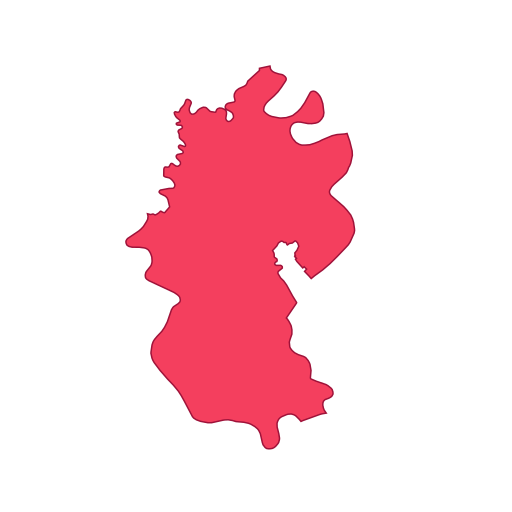 outline of An Duong, Hải Phòng, Vietnam, rotated 40°
{"feature_id": "81297802B31270346353021", "entity_name": "An Duong", "entity_type": "district", "adm_level": 2, "iso_a3": "VNM", "parent_name": "Vietnam", "parent_adm1": "Hải Phòng", "projection": "albers", "projection_center": [106.579, 20.884], "detail": "fine", "context": "isolated", "style": "filled", "palette": "rose", "viewbox_px": 512, "rotation_deg": 40, "n_neighbors": 0, "source": "geoboundaries", "source_scale": "gbopen_adm2", "svg_char_len": 6157}
<svg xmlns="http://www.w3.org/2000/svg" viewBox="0 0 512 512"><g transform="rotate(40 256 256)"><path d="M247.0,103.6L245.6,105.4L240.0,110.9L237.0,114.9L232.0,124.6L230.7,127.8L228.4,132.0L225.7,136.2L222.5,139.3L219.8,141.6L217.2,142.7L213.6,143.3L208.6,142.5L207.2,142.0L204.0,140.4L201.7,138.5L200.4,136.7L199.4,134.4L199.1,132.2L199.3,130.8L199.7,129.3L200.7,127.9L201.8,126.6L204.1,124.8L210.6,121.2L213.7,118.7L216.3,115.8L217.5,113.9L218.1,111.8L218.2,108.8L217.7,105.6L215.9,102.6L209.4,96.5L205.8,94.2L203.9,93.2L201.8,92.4L199.2,91.9L197.0,91.8L195.3,92.1L193.9,92.9L193.0,94.0L192.5,95.3L192.6,96.5L194.8,107.3L195.4,114.1L195.1,118.6L193.9,124.5L193.0,126.3L190.2,130.6L186.5,134.2L185.1,135.3L178.4,139.0L175.4,140.0L172.3,140.3L169.5,140.1L168.7,139.8L167.9,139.1L166.4,136.6L165.9,134.7L165.6,132.2L165.8,129.3L166.9,121.8L167.3,116.2L167.0,110.5L166.2,103.2L165.9,101.8L165.3,100.9L164.5,100.3L163.2,99.9L160.9,99.9L159.3,100.3L156.4,101.9L152.5,103.5L150.0,104.0L147.8,103.7L146.9,103.4L144.6,101.5L138.0,110.0L139.4,111.7L137.3,127.3L138.2,129.8L138.4,131.8L137.7,133.9L135.3,138.7L134.8,140.8L134.6,142.9L135.3,145.8L136.1,147.0L136.9,148.0L140.1,150.4L140.4,151.3L140.2,152.2L136.5,156.8L135.9,158.3L135.8,159.7L136.3,161.2L137.2,162.2L137.9,162.5L139.8,162.6L142.5,161.9L145.1,161.6L146.4,161.8L148.3,162.9L149.5,164.1L149.9,165.2L149.8,168.3L149.4,169.6L148.3,170.8L147.5,171.1L145.8,170.9L144.4,170.0L142.0,166.0L140.6,164.5L139.1,163.9L137.7,163.9L134.9,164.7L132.9,166.1L132.0,167.7L131.8,169.1L132.6,171.7L132.1,172.3L128.6,174.4L127.7,174.7L122.7,174.4L121.7,174.7L120.1,175.8L119.5,176.7L118.3,179.2L117.8,181.5L117.9,184.4L117.5,186.3L116.8,187.6L115.5,188.7L113.8,188.7L113.0,188.4L111.4,187.4L110.6,186.7L109.6,185.0L108.3,180.9L107.9,180.2L107.0,179.6L105.6,179.3L104.0,179.5L103.0,179.9L102.4,180.5L102.1,181.6L103.4,185.2L103.7,186.8L103.5,191.7L104.2,193.6L104.4,195.0L104.2,195.6L103.4,196.4L101.5,197.3L101.2,197.8L101.2,198.7L102.4,199.7L104.8,200.7L106.4,201.0L110.2,200.9L111.0,201.2L111.3,201.5L111.5,202.2L109.9,204.9L109.7,205.5L110.1,206.2L111.0,206.4L111.7,206.2L114.6,204.0L115.5,204.0L116.6,204.4L117.1,205.3L117.2,205.9L115.9,209.0L116.0,210.1L116.3,210.7L116.9,211.1L118.8,212.0L120.9,214.2L121.5,214.7L123.2,214.9L126.7,214.9L128.5,215.3L130.3,216.0L130.9,216.5L131.3,217.3L130.9,218.1L126.6,219.7L126.1,220.4L126.1,221.7L126.5,222.3L128.0,223.0L132.2,222.5L133.4,223.1L133.8,223.6L133.6,224.9L130.6,228.7L130.4,229.9L130.6,230.7L131.1,231.3L132.4,232.0L136.8,232.4L137.7,232.7L139.0,234.1L139.1,235.8L138.5,237.4L137.8,238.0L136.8,238.5L135.1,238.8L132.6,238.9L131.6,239.5L131.4,240.1L132.0,243.6L131.3,244.7L129.4,246.0L129.0,246.7L129.0,247.3L129.5,248.6L133.5,253.6L134.0,254.0L135.6,253.8L139.6,251.8L141.8,251.7L143.9,251.9L146.4,252.6L148.2,253.7L148.8,254.6L149.3,256.3L148.9,257.5L145.9,260.2L140.4,266.9L140.2,267.9L140.5,269.1L141.0,269.5L142.7,269.7L148.1,268.4L150.4,268.6L152.4,269.5L158.3,273.9L158.2,280.5L158.3,280.8L158.1,281.6L156.7,282.4L154.3,282.8L154.0,283.2L153.8,285.6L152.9,288.4L152.3,289.4L150.1,290.0L148.6,292.0L145.7,293.4L147.7,294.9L149.4,297.4L150.0,300.0L150.8,305.8L150.6,309.3L150.1,312.3L146.4,325.1L146.4,326.5L146.8,328.2L148.0,329.5L149.8,330.5L150.7,330.6L152.6,330.3L155.4,328.9L161.0,324.3L165.2,321.6L166.8,320.9L169.2,320.5L170.8,320.8L172.7,321.4L174.7,322.4L176.9,323.8L179.6,326.6L180.5,327.9L181.6,330.3L181.8,331.5L182.0,338.4L182.3,339.7L183.4,341.8L184.8,343.2L185.6,343.7L187.2,344.0L190.0,343.7L216.6,336.6L220.3,336.2L221.9,336.2L223.4,336.4L224.5,336.9L226.3,338.3L227.1,339.7L227.2,340.5L227.0,342.6L225.5,347.6L225.4,348.7L225.8,351.5L230.4,363.4L231.8,369.4L232.3,374.3L231.9,381.2L231.9,385.0L232.2,387.3L232.6,388.6L233.5,390.9L237.2,396.9L238.1,398.1L242.0,401.1L244.1,402.2L246.5,403.1L256.0,405.3L267.4,407.1L275.6,408.0L283.3,409.4L288.5,411.0L294.5,413.3L310.6,419.9L312.5,420.2L315.6,419.8L319.8,418.3L326.4,414.6L329.2,412.2L336.4,402.8L337.7,401.4L340.0,399.3L343.8,397.1L347.1,395.7L353.5,391.2L357.7,389.0L360.0,388.2L364.8,387.4L368.2,387.4L370.1,387.8L373.5,389.3L380.7,394.8L382.8,396.1L386.0,396.8L387.7,396.7L389.3,395.8L390.8,394.5L392.1,393.0L392.8,391.6L393.2,390.2L393.4,388.7L393.4,385.7L393.2,384.3L392.1,381.8L391.1,380.4L387.6,377.4L382.2,373.5L379.7,370.7L379.0,369.2L378.5,367.5L378.3,366.1L378.4,364.6L378.9,362.7L381.4,357.8L382.3,356.5L384.5,354.4L386.7,353.4L388.2,353.0L389.6,352.9L394.1,353.3L396.8,353.8L397.7,351.9L406.7,336.4L408.0,334.5L410.8,331.2L407.2,330.2L405.3,329.1L403.0,327.3L401.6,325.4L401.0,323.6L401.1,322.2L401.3,321.4L403.1,318.3L404.0,316.0L404.2,314.3L403.7,312.2L402.3,310.7L400.1,309.3L398.4,309.0L394.4,309.1L392.2,309.5L382.6,313.2L377.3,314.8L376.6,314.8L376.0,314.4L371.7,308.3L367.0,304.3L365.5,303.5L363.2,302.6L359.4,301.9L358.2,302.1L356.9,302.4L351.8,304.4L347.8,305.3L344.4,305.2L341.5,304.5L340.3,303.9L336.9,300.6L335.9,298.5L333.7,292.8L331.0,289.5L328.1,287.1L326.8,286.4L323.4,285.0L320.8,284.2L319.1,284.0L317.3,266.1L317.0,265.5L309.7,263.1L298.2,258.6L293.2,257.3L289.0,257.0L284.3,255.4L283.6,254.8L283.2,254.2L283.0,253.3L283.9,248.8L283.9,248.3L283.0,247.3L281.9,247.1L280.9,247.3L277.5,250.2L276.0,250.4L275.4,250.0L275.0,249.4L274.9,247.9L275.5,247.1L275.5,246.7L274.9,245.5L273.7,244.8L271.0,245.1L270.4,244.8L268.8,243.0L267.8,242.2L265.2,241.2L265.5,234.9L264.8,231.6L265.6,228.7L266.0,228.2L267.3,227.6L268.8,227.6L270.0,226.5L270.4,226.4L272.5,227.4L273.0,227.3L273.5,225.0L275.5,222.7L276.2,219.4L276.8,219.0L279.4,219.2L282.5,221.0L283.7,225.3L283.8,228.8L284.8,229.5L285.3,230.5L286.2,230.6L286.1,231.6L288.5,231.7L288.3,233.1L290.8,233.9L299.5,235.1L299.8,233.3L303.2,233.5L303.1,236.6L309.7,237.3L312.8,237.8L313.6,233.4L316.0,223.8L317.6,214.2L318.5,204.4L319.3,192.2L319.5,188.1L319.1,184.7L316.5,175.6L315.2,173.2L314.0,171.9L309.2,167.6L306.2,165.6L302.2,163.7L296.5,162.5L291.5,161.8L274.7,161.5L273.2,161.1L271.8,160.4L270.9,159.5L270.2,158.2L269.5,154.1L269.7,150.8L271.3,140.1L271.7,134.2L270.9,130.9L270.0,128.6L269.8,127.0L268.8,123.9L265.1,116.9L262.1,113.7L254.3,108.0L247.0,103.6Z" fill="#f43f5e" stroke="#9f1239" stroke-width="1.5"/></g></svg>